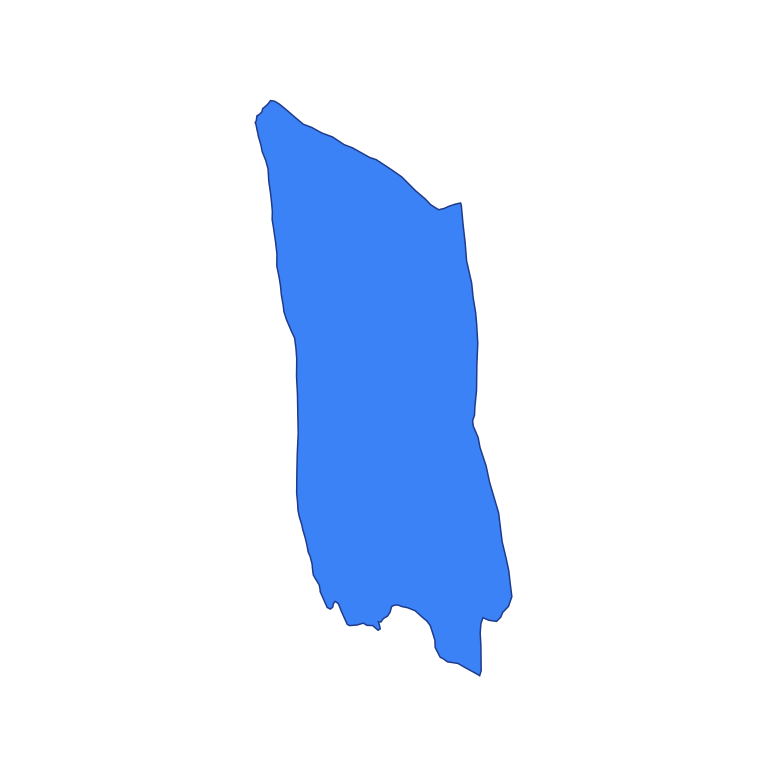 Arjeplog, Norrbotten, Sweden, rotated 65°
{"feature_id": "70781695B22534233820232", "entity_name": "Arjeplog", "entity_type": "district", "adm_level": 2, "iso_a3": "SWE", "parent_name": "Sweden", "parent_adm1": "Norrbotten", "projection": "equal_earth", "projection_center": [17.292, 66.388], "detail": "fine", "context": "isolated", "style": "filled", "palette": "blue", "viewbox_px": 768, "rotation_deg": 65, "n_neighbors": 0, "source": "geoboundaries", "source_scale": "gbopen_adm2", "svg_char_len": 2089}
<svg xmlns="http://www.w3.org/2000/svg" viewBox="0 0 768 768"><g transform="rotate(65 384 384)"><path d="M688.8,420.6L684.9,417.1L662.2,406.8L650.4,402.1L642.1,397.4L637.6,393.1L642.4,388.9L646.7,382.3L644.7,376.8L641.2,373.0L638.2,365.2L630.8,358.0L619.0,354.2L605.8,349.8L594.1,347.1L577.0,343.6L549.2,334.6L517.5,329.8L501.5,326.1L482.0,323.8L472.3,321.3L460.1,320.9L454.7,319.2L450.4,315.1L442.6,311.0L429.0,302.9L405.6,291.6L386.7,281.8L368.3,274.5L358.1,270.8L343.1,266.6L329.6,261.9L307.3,257.1L290.4,250.8L272.5,244.8L254.7,238.4L252.3,238.1L251.2,243.0L250.4,249.4L250.3,255.2L249.2,260.7L245.3,263.4L241.0,266.0L233.8,268.4L222.0,273.8L204.0,280.3L194.4,285.8L183.3,292.6L177.3,296.3L172.7,301.2L166.9,305.4L156.7,312.7L150.2,319.0L138.4,326.2L130.2,334.3L121.0,341.0L117.2,344.7L114.4,347.4L105.4,351.6L93.4,357.0L86.4,360.4L81.5,363.6L79.2,367.1L80.7,369.8L82.0,373.2L83.1,377.5L85.8,379.8L86.9,382.7L87.3,385.9L91.4,388.5L92.6,390.2L94.9,390.4L100.6,391.8L104.0,392.5L105.8,393.1L115.0,394.5L122.1,396.2L131.5,396.7L140.1,398.2L151.2,402.6L163.7,406.4L172.3,409.3L180.5,412.3L187.7,415.9L196.3,418.3L209.2,422.2L220.7,426.0L231.8,431.3L242.3,433.8L250.9,436.2L259.9,439.4L270.0,442.1L276.4,444.2L284.7,445.2L296.6,445.6L304.6,445.6L314.7,448.8L324.4,452.5L340.2,460.1L356.8,466.8L392.6,482.7L410.6,492.1L426.2,499.8L445.8,509.2L455.6,512.7L462.1,515.3L468.2,516.8L477.3,518.1L481.3,519.1L490.0,520.4L497.3,521.9L504.1,523.7L508.9,523.8L516.5,525.2L523.0,527.5L527.4,528.8L532.8,528.3L538.6,527.6L544.0,529.0L545.1,529.6L562.5,529.9L565.3,527.8L564.6,524.8L561.8,522.8L560.4,520.1L563.8,518.2L572.1,518.7L586.3,518.9L588.4,517.3L591.1,510.1L592.0,503.8L595.5,501.5L598.2,496.2L599.9,495.6L604.7,493.4L604.3,490.9L600.9,490.1L597.1,489.5L598.4,487.5L596.3,483.6L595.9,479.0L593.5,475.1L588.9,471.1L588.9,467.8L590.2,464.8L593.3,461.8L596.7,457.2L602.5,451.7L612.8,447.3L616.9,445.3L622.4,444.2L629.3,445.0L637.9,446.2L644.5,449.0L655.6,448.5L657.6,446.7L662.7,443.8L668.4,435.2L677.0,429.1L685.5,422.8L688.8,420.6Z" fill="#3b82f6" stroke="#1e3a8a" stroke-width="1.5"/></g></svg>